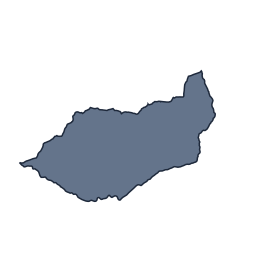 outline of Daga, Wangdi Phodrang, Bhutan, rotated 120°
{"feature_id": "84629894B46024490365368", "entity_name": "Daga", "entity_type": "district", "adm_level": 2, "iso_a3": "BTN", "parent_name": "Bhutan", "parent_adm1": "Wangdi Phodrang", "projection": "mercator", "projection_center": [89.96, 27.228], "detail": "fine", "context": "isolated", "style": "filled", "palette": "slate", "viewbox_px": 256, "rotation_deg": 120, "n_neighbors": 0, "source": "geoboundaries", "source_scale": "gbopen_adm2", "svg_char_len": 5834}
<svg xmlns="http://www.w3.org/2000/svg" viewBox="0 0 256 256"><g transform="rotate(120 128 128)"><path d="M149.8,79.4L148.9,78.2L148.1,76.9L146.7,75.7L145.6,74.9L144.9,73.9L144.3,72.9L142.0,71.3L141.0,70.4L140.6,70.1L138.4,68.7L138.2,68.3L137.9,67.7L137.0,65.2L135.3,63.1L133.7,61.9L132.8,61.1L130.7,59.7L129.7,58.5L129.1,57.2L128.3,56.3L126.7,55.3L125.9,54.2L124.7,53.4L123.8,52.5L122.7,51.9L121.8,51.9L120.6,52.3L119.1,53.0L118.6,53.1L117.6,53.1L117.3,53.5L117.1,53.6L116.3,53.8L115.8,53.9L115.3,53.8L114.2,53.5L113.9,53.4L113.4,53.4L113.0,53.5L112.7,53.6L112.0,54.2L111.0,55.1L110.6,55.4L110.1,55.5L109.8,55.7L108.6,56.1L108.4,56.3L107.5,57.5L106.2,58.2L105.5,58.7L105.1,58.8L104.6,58.7L104.3,58.8L104.0,59.1L103.2,60.4L102.7,60.8L102.4,60.9L102.1,61.2L101.4,62.3L100.6,62.6L100.2,62.6L99.7,62.8L99.0,63.0L98.3,63.3L97.9,63.5L97.1,63.2L96.6,63.0L96.0,62.5L94.7,62.2L93.7,62.2L92.9,61.9L92.7,61.8L92.1,61.3L92.0,60.7L91.6,60.0L90.2,59.3L89.4,59.0L89.1,59.0L88.5,59.0L88.1,58.9L87.4,59.0L86.6,58.9L85.6,59.0L85.0,59.1L83.3,59.1L82.6,58.8L82.4,58.8L81.7,59.0L81.3,59.0L80.9,58.7L80.2,58.6L79.9,58.5L78.7,58.5L78.3,58.5L77.3,58.9L77.0,59.0L76.7,58.9L75.9,58.5L75.6,58.5L74.3,58.6L73.0,59.1L72.4,59.4L71.9,59.8L71.7,60.3L71.7,61.0L71.6,61.4L71.3,61.6L70.9,61.8L70.7,62.0L69.3,63.1L68.5,64.0L68.3,64.2L68.2,64.8L67.1,66.2L66.4,66.7L65.4,67.3L63.7,67.7L61.9,68.1L61.4,68.5L60.7,69.4L59.8,71.4L59.5,72.7L58.9,73.6L58.1,74.4L57.4,75.3L56.2,76.2L55.8,77.2L54.5,78.5L50.9,84.0L49.9,84.6L48.9,85.1L48.5,85.7L48.0,86.2L47.9,87.0L47.7,87.9L47.2,88.6L46.4,89.3L45.7,89.9L44.8,90.4L43.9,90.7L43.4,91.3L42.4,92.2L41.9,93.1L43.7,93.5L46.4,95.8L48.9,98.0L51.0,99.5L53.0,101.5L55.9,101.0L57.9,100.4L59.5,100.8L62.2,100.5L65.3,99.1L67.5,98.0L70.5,96.8L72.1,95.8L72.8,95.6L73.2,95.6L73.8,96.1L75.5,99.2L76.1,100.0L76.8,101.4L77.3,102.0L78.7,102.7L78.9,103.8L78.9,104.0L79.2,104.1L79.8,104.0L80.8,104.0L82.9,104.0L83.8,104.4L85.2,105.7L86.2,107.5L88.4,112.4L88.8,112.8L88.6,112.9L89.2,114.2L89.6,114.9L90.7,116.0L91.2,116.9L91.7,118.0L92.9,118.5L93.8,119.0L94.5,119.2L95.3,119.3L96.3,120.3L97.3,121.2L97.5,121.9L97.2,122.6L97.6,122.4L98.9,122.7L99.7,122.7L100.5,123.2L101.4,123.5L101.5,123.8L102.3,124.6L102.7,124.7L104.7,125.8L106.2,125.6L107.2,126.0L108.2,126.2L109.1,126.2L110.4,126.4L111.6,127.2L111.9,128.0L112.0,129.4L112.4,130.3L112.7,130.8L112.9,132.4L113.3,133.5L113.7,134.5L114.1,135.7L115.0,136.9L115.0,137.6L115.5,138.5L116.3,139.4L117.5,140.2L118.9,140.7L118.9,141.0L118.0,142.1L117.7,143.3L118.0,144.1L118.0,144.9L118.6,146.8L119.5,148.3L118.7,150.7L120.3,152.2L122.1,154.2L123.3,154.9L124.9,158.7L125.2,159.5L125.8,160.6L126.4,162.0L126.2,163.3L126.0,163.9L126.1,164.3L126.9,165.3L127.7,166.1L128.3,167.5L129.1,170.8L129.7,170.9L130.6,170.9L131.6,171.2L131.8,171.6L132.6,172.0L133.3,172.5L134.4,173.5L135.0,173.6L135.9,173.6L137.1,174.1L138.1,174.6L137.8,175.8L138.4,176.3L139.0,177.8L139.0,178.9L139.4,180.0L139.8,180.5L140.5,181.1L141.4,181.4L142.2,181.2L143.4,181.1L145.4,181.7L146.1,181.2L146.9,180.6L147.4,180.1L148.1,179.7L149.3,179.4L150.2,179.4L150.8,179.8L151.5,179.8L153.3,181.0L154.3,181.9L155.2,182.4L156.0,182.3L158.1,182.0L158.9,182.2L159.6,182.3L160.4,182.3L163.2,181.6L164.1,181.5L166.0,181.5L167.4,181.2L168.4,181.5L168.8,182.3L169.2,182.7L169.9,184.1L170.2,184.5L170.3,184.9L170.3,185.2L170.1,185.7L170.3,186.0L171.1,186.3L171.5,186.6L171.7,186.9L172.0,187.3L173.2,187.3L173.9,187.6L174.4,187.6L174.7,187.5L176.0,188.4L176.4,188.6L177.4,188.9L177.6,189.0L178.1,189.3L178.6,189.6L180.2,190.9L180.7,191.2L180.9,191.4L181.5,191.8L181.9,192.2L182.3,192.6L182.8,192.9L183.2,193.0L183.8,193.3L184.2,193.3L184.8,193.1L185.2,192.8L185.9,192.6L186.2,192.6L187.0,192.3L189.8,192.1L191.7,192.1L192.5,192.4L193.9,192.8L194.8,192.9L195.5,192.9L196.4,192.7L197.3,192.4L198.2,192.4L199.6,192.4L200.3,193.0L200.9,193.7L201.7,194.5L202.0,194.9L202.7,195.4L204.9,197.2L205.9,198.1L206.9,198.9L207.1,199.2L207.4,199.5L209.5,200.7L210.2,200.9L210.5,201.2L211.4,202.4L211.9,203.4L212.0,204.0L212.4,204.1L213.2,201.6L213.3,199.5L213.6,198.7L213.4,198.2L212.9,197.6L212.3,197.1L211.0,195.9L210.6,195.1L210.1,193.9L209.4,192.9L209.2,192.0L209.5,191.3L210.7,190.3L210.9,189.7L210.7,189.3L209.9,188.2L210.1,186.2L210.1,185.1L210.7,183.4L211.8,182.1L213.1,180.7L213.9,179.3L214.1,178.5L213.1,176.7L212.3,175.8L211.9,175.1L211.9,174.3L212.5,173.4L212.8,171.8L212.7,170.7L211.9,168.3L212.0,167.0L212.1,165.7L212.4,164.7L211.8,163.9L211.4,163.1L211.7,162.1L212.0,160.9L211.9,159.4L212.1,158.1L212.3,157.2L212.6,157.1L212.6,154.9L212.8,153.7L212.9,152.7L213.2,151.9L213.4,151.3L213.7,150.9L213.8,150.6L213.8,150.0L213.8,149.5L213.8,148.8L213.4,146.6L213.4,145.8L213.3,145.5L213.1,145.2L212.8,144.9L212.3,144.4L212.3,144.2L212.3,143.7L212.5,142.9L212.6,142.5L212.6,142.0L212.5,141.7L211.8,140.9L211.6,140.5L211.5,140.0L211.5,139.5L211.6,139.2L211.9,138.5L212.5,137.4L212.9,136.8L213.0,136.4L213.0,132.8L213.0,132.4L212.6,129.7L212.3,128.0L211.7,126.4L211.6,126.2L211.5,125.9L211.0,125.2L210.7,124.9L209.5,124.2L209.0,123.6L208.8,123.3L208.4,121.0L208.3,120.5L207.9,119.8L207.7,119.5L207.3,119.2L206.9,119.0L206.1,118.9L205.6,119.0L204.8,119.3L204.2,119.4L203.7,119.4L203.0,118.8L202.8,118.5L202.8,117.8L202.9,117.4L203.1,116.7L203.2,116.1L203.2,115.5L202.9,115.1L202.6,114.7L201.8,114.2L201.4,113.8L200.9,113.2L200.7,112.8L200.1,112.2L199.3,111.6L198.0,111.3L196.4,111.2L195.8,110.8L195.6,110.2L196.1,109.1L196.2,107.7L196.1,107.2L195.1,106.6L193.2,105.4L192.9,104.3L192.8,103.3L194.6,100.8L194.8,100.0L194.5,99.0L193.9,98.6L192.7,98.5L190.6,97.8L186.7,95.7L183.7,95.0L177.2,92.9L174.3,92.1L173.1,91.6L172.1,90.9L171.5,89.3L171.3,88.0L170.4,87.5L168.3,86.9L167.0,86.3L164.8,85.0L163.4,85.0L162.3,84.3L161.1,83.2L159.0,82.9L157.5,82.4L155.9,81.6L153.7,80.8L152.0,79.9L150.9,79.7L149.8,79.4Z" fill="#64748b" stroke="#1e293b" stroke-width="1.5"/></g></svg>